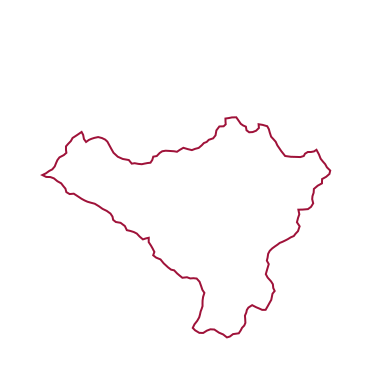 the district of São Gonçalo do Rio Abaixo, Minas Gerais, Brazil, rotated 307°
{"feature_id": "56859067B788789962978", "entity_name": "São Gonçalo do Rio Abaixo", "entity_type": "district", "adm_level": 2, "iso_a3": "BRA", "parent_name": "Brazil", "parent_adm1": "Minas Gerais", "projection": "robinson", "projection_center": [-43.325, -19.797], "detail": "fine", "context": "isolated", "style": "outline", "palette": "rose", "viewbox_px": 384, "rotation_deg": 307, "n_neighbors": 0, "source": "geoboundaries", "source_scale": "gbopen_adm2", "svg_char_len": 3075}
<svg xmlns="http://www.w3.org/2000/svg" viewBox="0 0 384 384"><g transform="rotate(307 192 192)"><path d="M96.9,307.4L99.3,309.2L103.2,310.3L107.3,314.4L110.8,314.2L113.7,313.7L116.8,314.1L119.6,313.4L122.5,311.0L125.1,308.7L128.4,307.9L130.8,306.8L133.6,306.6L137.8,308.1L138.6,312.7L139.4,315.8L140.1,319.0L142.2,321.7L146.3,321.2L150.5,320.6L153.6,320.2L156.1,319.0L159.2,317.5L162.7,317.6L164.2,314.7L167.0,312.1L168.2,308.9L169.2,303.9L170.8,300.4L173.6,299.3L176.8,298.1L180.6,296.7L182.2,293.1L185.0,291.9L188.5,290.0L191.8,289.5L195.2,290.0L198.5,291.0L201.5,292.0L204.1,292.7L206.6,294.2L209.3,295.6L212.0,296.9L215.1,298.1L218.1,299.8L220.9,299.8L224.5,300.2L229.4,298.6L231.0,294.0L235.1,292.3L238.8,291.1L241.9,287.6L244.6,291.0L248.1,294.9L251.8,296.0L255.9,295.6L258.6,292.3L261.2,290.7L264.6,289.6L267.8,287.5L272.7,288.6L277.1,290.6L280.6,288.1L284.9,290.0L289.1,290.9L292.3,289.5L292.9,284.9L294.4,281.6L295.1,278.2L296.0,274.7L298.4,270.8L300.6,266.0L297.8,265.0L295.4,262.8L293.6,260.4L290.6,259.2L288.0,259.6L285.1,257.5L283.5,255.2L279.6,249.7L276.8,244.7L278.4,238.6L279.5,235.4L280.6,232.1L282.5,228.6L283.2,225.2L283.8,221.9L286.3,218.3L288.4,215.6L289.8,212.5L288.1,208.0L286.2,204.4L283.4,206.9L279.5,206.3L276.4,204.4L274.1,201.7L274.1,198.4L276.6,195.7L275.9,192.8L275.8,189.9L277.0,186.4L278.3,182.4L275.6,179.0L273.1,176.8L270.8,174.5L268.4,176.4L266.3,178.2L263.5,177.7L260.8,174.4L255.9,174.4L251.4,176.7L247.6,176.6L243.8,174.0L240.8,173.6L238.2,172.0L235.2,171.7L231.2,170.8L228.3,168.5L225.4,166.7L223.7,162.8L222.1,158.5L218.3,156.9L215.1,155.8L213.7,153.1L211.3,149.4L209.1,146.1L206.6,143.7L203.7,142.7L199.5,142.2L196.9,139.8L193.7,141.0L190.4,141.2L188.4,139.1L186.1,137.0L184.0,135.2L182.2,132.3L180.5,128.9L178.4,126.8L179.5,122.3L176.7,116.8L175.5,111.5L176.1,105.7L177.7,102.0L179.7,97.6L181.3,94.1L181.6,91.1L180.9,87.6L179.4,84.0L176.4,81.4L173.8,79.6L171.5,78.3L168.2,77.3L169.3,73.8L172.1,70.7L173.5,67.7L168.5,66.0L165.7,65.0L163.3,64.1L159.8,64.6L155.6,64.1L152.6,63.9L149.8,66.0L147.7,68.1L144.3,67.4L139.9,65.3L136.5,65.3L133.5,66.0L129.8,67.0L126.0,66.8L122.9,65.3L119.0,64.1L115.5,62.3L116.3,66.5L118.7,69.9L119.8,73.5L119.6,78.0L120.2,82.3L119.2,85.9L118.5,88.9L116.3,91.7L116.7,95.5L119.5,98.6L119.8,102.8L120.1,107.8L120.6,111.2L121.3,114.3L122.6,117.7L124.1,121.4L124.6,126.3L124.7,130.7L125.6,135.3L125.7,139.9L124.5,143.3L122.3,145.8L122.2,149.2L124.4,153.5L124.4,158.9L122.3,162.9L123.8,166.2L125.0,169.6L125.6,173.0L124.9,176.9L124.6,181.3L127.3,183.2L129.4,185.0L125.9,187.6L124.5,191.5L123.2,194.5L121.5,198.0L118.1,199.1L118.0,202.8L119.2,207.4L118.0,212.3L117.4,218.3L117.4,222.0L118.7,224.9L118.0,229.1L117.8,232.5L117.7,235.9L120.9,239.3L121.9,242.6L124.0,245.0L125.7,247.8L124.9,252.0L122.3,256.0L120.1,259.2L118.9,262.6L114.9,264.0L111.8,265.7L109.4,267.4L107.2,269.1L104.6,270.0L101.8,270.8L99.0,272.1L96.2,273.2L92.2,273.7L87.8,273.6L83.9,274.4L83.4,277.7L83.9,282.6L86.2,285.8L90.2,287.3L93.4,289.3L95.6,292.6L95.9,298.2L97.0,302.6L96.9,307.4Z" fill="none" stroke="#9f1239" stroke-width="2"/></g></svg>